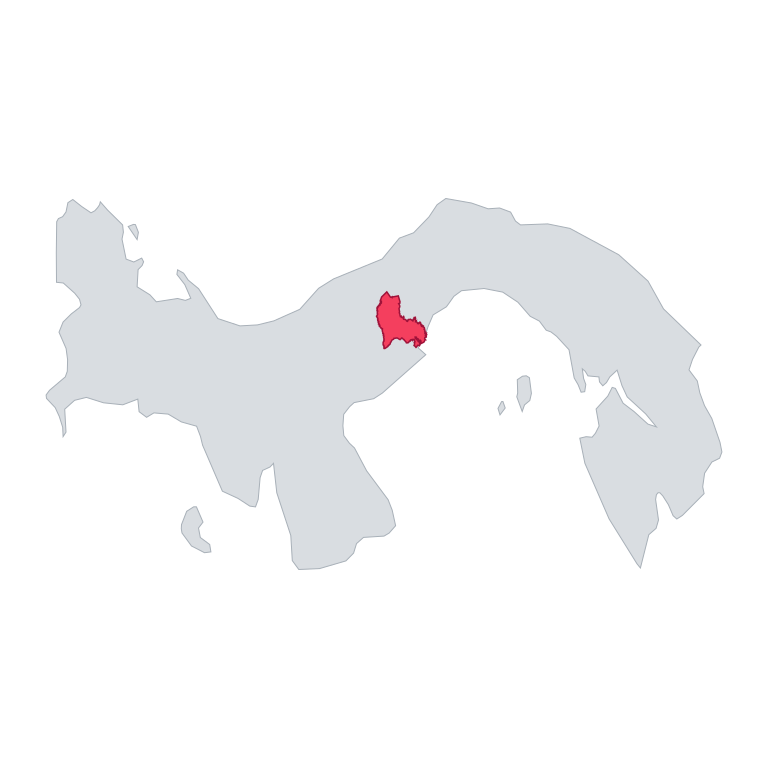 Capira, Panama shown in context
{"feature_id": "35544464B53871457264549", "entity_name": "Capira", "entity_type": "district", "adm_level": 2, "iso_a3": "PAN", "parent_name": "Panama", "parent_adm1": "", "projection": "equal_earth", "projection_center": [-79.949, 8.817], "detail": "fine", "context": "in_parent", "style": "filled", "palette": "rose", "viewbox_px": 768, "rotation_deg": 0, "n_neighbors": 0, "source": "geoboundaries", "source_scale": "gbopen_adm2", "svg_char_len": 8766}
<svg xmlns="http://www.w3.org/2000/svg" viewBox="0 0 768 768"><path d="M701.0,345.0L698.8,347.1L692.5,359.4L689.0,369.9L697.3,381.0L699.8,392.8L704.5,405.6L711.8,418.5L720.0,442.4L721.9,452.0L719.6,458.2L711.9,462.0L704.6,473.2L702.7,486.8L704.1,493.6L682.4,515.4L676.8,519.0L673.1,515.7L668.4,504.7L662.8,495.9L659.9,492.8L658.1,492.7L656.4,494.7L655.6,499.5L658.5,520.0L656.1,528.3L648.8,534.7L640.4,568.0L637.0,563.8L609.1,518.9L584.9,463.3L579.8,438.2L586.1,436.7L592.1,437.2L595.4,433.3L599.1,426.0L596.1,409.0L607.8,396.1L612.2,387.4L615.4,388.4L623.1,403.2L634.2,411.7L647.9,424.1L656.4,426.9L645.7,413.9L627.2,396.9L622.0,385.7L617.1,370.1L609.8,376.9L606.5,382.5L602.8,385.8L599.5,381.9L598.9,376.9L588.0,375.9L585.2,371.3L582.3,368.8L583.6,378.5L585.8,384.5L584.7,391.7L581.1,392.2L578.1,384.7L574.2,378.0L569.0,349.7L556.6,336.3L550.9,331.9L546.2,330.2L539.4,321.1L530.2,316.3L517.9,302.2L502.7,292.1L484.1,288.5L461.5,290.7L453.9,296.3L448.8,303.5L446.4,306.8L433.1,314.9L428.0,326.7L424.8,336.6L418.2,347.9L425.8,354.7L382.3,393.1L373.7,398.7L354.1,402.6L349.6,406.7L343.7,414.3L342.9,425.8L343.8,435.6L349.4,443.2L354.5,448.0L366.6,470.8L388.1,499.7L392.2,510.2L395.6,525.7L389.1,533.1L384.0,536.1L363.5,537.4L356.5,543.6L353.6,553.1L345.9,560.9L319.5,568.6L298.8,569.5L292.3,560.6L290.8,535.5L276.8,492.8L273.5,463.3L270.0,467.0L262.6,470.4L260.1,477.7L258.2,499.4L255.5,506.9L249.8,506.1L238.0,498.4L222.4,491.2L202.6,445.2L200.5,436.5L196.6,426.2L181.3,421.9L168.2,414.1L153.9,412.9L146.6,417.3L139.1,411.7L137.8,399.1L122.8,404.8L103.6,402.8L86.4,397.4L74.6,400.3L64.7,409.2L66.0,432.1L63.1,436.6L62.7,427.3L59.3,416.5L55.2,407.6L46.5,398.4L46.1,395.0L49.5,390.3L65.3,376.9L67.3,371.3L67.6,359.7L66.1,348.5L59.0,332.2L63.1,322.0L71.3,313.9L79.6,307.5L81.0,304.8L79.5,299.2L74.7,293.2L63.3,283.0L56.5,282.3L56.3,252.9L56.7,221.7L58.4,218.6L62.6,216.7L66.0,212.0L67.9,202.7L72.8,199.5L81.8,206.6L91.0,212.8L94.8,210.8L97.6,207.7L99.6,204.7L100.3,201.8L107.6,210.1L122.6,224.9L123.4,232.2L122.0,239.1L126.1,259.1L133.8,262.0L141.7,258.1L143.6,261.8L142.1,265.5L138.1,269.6L137.1,286.8L149.9,294.8L156.3,301.8L177.6,298.5L185.4,300.4L190.8,298.3L184.8,284.6L176.9,274.4L177.6,269.8L183.6,273.2L188.2,280.1L198.6,288.7L217.9,318.6L240.0,325.9L257.5,324.9L273.8,320.9L299.8,309.3L318.6,288.3L333.6,278.9L382.2,259.0L399.4,238.1L406.7,235.4L413.6,232.8L428.9,217.0L437.1,204.7L445.8,198.5L471.4,203.0L488.1,208.8L499.6,208.0L510.6,212.1L515.5,221.1L520.5,224.9L547.7,223.9L569.9,228.4L618.8,254.8L648.0,281.1L663.5,308.9L701.0,345.0ZM210.9,551.9L204.5,552.7L191.5,546.0L182.0,533.0L181.3,528.8L181.5,524.6L186.7,511.3L193.7,506.8L196.4,506.8L203.0,522.1L198.5,528.0L200.3,537.5L209.7,544.5L210.9,551.9ZM524.5,404.9L522.2,411.5L516.8,396.8L517.7,393.0L517.3,379.7L522.5,376.2L526.3,375.8L529.4,377.7L531.4,393.4L529.8,400.5L524.5,404.9ZM138.4,232.3L137.1,239.6L128.2,226.5L133.5,224.4L135.4,224.6L138.4,232.3ZM505.2,408.0L500.0,414.9L498.0,408.4L501.6,401.6L502.9,401.5L505.2,408.0Z" fill="#d9dde1" stroke="#a8b0b8" stroke-width="1"/><path d="M384.9,348.5L388.0,346.4L388.1,345.6L388.7,345.3L388.8,345.3L389.2,344.7L389.5,344.7L390.2,343.9L390.4,342.7L390.7,342.5L391.4,341.1L392.2,339.8L393.5,339.3L394.0,338.3L394.4,338.4L396.4,338.0L397.5,338.1L398.2,338.5L399.3,339.3L400.0,339.6L400.1,339.4L400.9,339.0L401.6,338.0L401.9,338.0L402.6,338.4L403.4,339.5L404.1,339.6L404.4,340.3L405.7,341.6L406.1,342.2L406.3,342.8L406.5,342.9L406.8,342.8L407.2,342.9L407.5,342.7L407.9,342.8L408.1,342.8L408.5,342.2L409.0,342.0L409.3,341.3L409.7,341.1L409.8,340.9L410.2,341.0L410.2,340.7L410.4,340.3L410.4,340.1L410.6,339.9L411.6,339.6L411.8,339.7L411.7,339.8L411.7,340.0L412.2,340.5L412.7,339.4L412.8,339.4L412.7,339.6L412.9,339.7L413.4,339.4L413.7,339.4L413.8,339.6L413.6,339.7L413.6,339.8L413.8,339.8L414.2,340.0L414.2,340.3L414.3,340.7L414.5,340.6L414.9,341.2L415.0,341.6L414.7,342.2L414.7,342.6L414.3,342.7L414.5,343.2L414.8,343.2L414.5,343.3L414.5,343.6L414.5,343.8L414.6,344.3L414.6,344.7L414.8,344.7L414.2,345.0L414.0,345.5L415.0,346.2L416.0,347.4L416.8,346.6L417.6,345.3L418.1,345.2L419.4,345.7L419.5,345.7L419.9,344.7L419.7,344.2L419.6,343.3L419.7,342.8L420.1,341.9L420.5,341.6L420.6,341.1L420.4,340.8L420.1,340.8L418.9,341.8L418.5,341.8L418.3,341.4L418.1,340.8L418.0,341.0L417.4,340.6L418.2,340.7L418.4,339.7L418.1,339.1L417.5,338.9L416.8,338.9L416.6,339.5L416.7,339.9L416.4,340.3L416.6,339.9L416.5,339.3L416.4,339.2L416.6,339.2L416.7,338.8L416.0,338.6L415.7,338.6L416.0,338.4L415.5,337.4L415.2,337.3L415.1,337.1L415.1,336.9L415.3,336.4L415.3,336.8L415.2,337.1L415.5,337.2L416.0,338.1L416.5,337.7L416.3,336.5L416.5,337.7L416.1,338.1L416.2,338.3L418.0,338.8L418.4,339.1L418.6,339.6L418.5,340.6L418.7,341.5L418.9,341.4L419.5,340.6L420.0,340.3L420.3,340.2L420.7,340.6L421.0,341.3L420.7,343.3L420.7,343.7L422.8,342.7L424.0,342.0L425.2,339.7L425.5,339.7L425.2,339.3L424.8,339.3L424.6,339.0L424.7,338.6L424.7,338.1L424.8,337.7L424.9,337.4L425.2,337.2L425.7,337.3L425.8,336.6L425.9,336.4L426.3,336.6L426.3,336.3L426.1,336.3L426.0,335.8L425.7,335.8L425.5,335.6L426.2,335.2L426.4,334.9L426.7,334.7L426.7,334.4L426.5,334.2L426.3,334.2L425.7,334.4L425.4,333.7L426.0,333.5L426.3,333.1L425.6,333.0L425.5,332.8L425.5,332.5L425.1,332.8L425.2,332.4L424.9,332.3L424.7,331.6L424.9,331.2L425.0,330.8L424.8,330.0L424.6,330.1L424.1,329.4L424.2,329.1L424.4,328.8L424.5,328.3L424.3,327.7L423.8,327.4L423.4,326.3L423.2,326.3L423.2,325.9L422.8,325.6L422.7,325.6L422.6,325.8L422.7,326.0L423.0,326.1L422.6,326.5L422.4,326.1L422.3,326.8L422.2,326.3L421.9,326.7L422.0,326.3L421.8,326.4L421.6,326.4L421.4,326.0L421.5,325.9L421.5,325.7L421.3,325.6L421.2,325.2L421.0,324.7L420.8,324.6L420.7,323.8L420.9,323.9L420.7,323.5L420.4,323.3L420.6,322.9L420.2,322.5L420.1,322.2L419.6,322.2L419.4,322.9L419.1,322.9L418.8,323.4L418.6,323.2L418.4,323.6L417.6,323.5L417.6,322.9L417.2,322.6L416.8,322.0L416.1,321.9L416.2,321.6L415.9,321.5L416.1,321.0L415.7,321.2L415.8,320.8L415.5,320.4L415.4,320.1L415.2,319.7L415.5,319.5L415.4,318.9L415.5,318.6L415.3,318.5L415.5,318.3L415.5,318.1L415.3,317.7L415.3,317.3L414.8,317.4L415.0,317.6L414.8,317.9L414.5,317.9L414.4,318.2L414.0,318.1L413.9,319.1L413.6,319.1L413.5,319.3L413.1,319.4L413.1,320.1L412.9,320.2L413.0,320.3L412.7,320.5L412.7,320.8L410.4,319.2L408.6,319.7L408.3,319.5L407.8,320.1L407.8,320.9L407.5,321.3L407.3,321.2L407.1,321.3L406.6,321.0L406.2,320.2L405.5,319.5L403.6,319.3L403.5,318.9L403.7,318.7L403.6,318.4L403.8,318.2L403.7,317.9L403.9,317.7L403.7,317.4L403.8,317.1L403.6,317.0L403.7,316.8L403.6,316.5L403.0,317.1L402.7,317.2L402.6,317.6L402.4,317.7L402.2,317.6L401.6,317.4L401.3,316.3L401.2,316.4L400.9,316.3L400.4,316.6L399.9,314.9L399.8,313.5L399.5,313.3L399.3,312.8L399.4,312.2L399.6,311.9L399.0,308.6L399.1,308.4L399.7,307.0L399.8,306.1L399.6,305.4L398.7,303.6L399.7,303.4L399.9,303.1L399.9,302.1L400.0,301.8L398.3,295.9L392.3,297.0L392.2,296.8L391.9,297.1L391.9,297.5L391.6,297.3L391.7,297.0L390.5,297.2L390.4,297.1L390.3,296.9L386.8,291.9L381.6,297.0L380.7,299.7L380.5,300.0L380.7,300.3L380.3,300.6L380.2,300.9L380.3,301.3L380.7,301.2L380.8,301.3L380.6,302.0L381.4,301.7L381.4,302.5L381.0,302.5L380.8,302.8L381.1,303.1L381.1,303.4L380.6,303.6L380.8,303.3L380.6,303.0L380.2,304.3L379.9,303.8L379.9,303.5L379.6,304.0L379.7,305.2L379.6,305.3L379.2,305.0L378.5,305.4L378.5,305.6L378.7,306.0L378.2,306.3L378.2,306.7L377.7,307.7L377.3,307.2L377.2,307.4L377.3,307.7L377.0,307.8L376.9,308.2L377.1,308.4L377.2,308.9L377.3,310.1L377.5,310.4L377.6,310.8L377.6,311.0L377.1,310.8L377.4,311.9L377.3,312.7L377.4,313.3L377.3,313.6L377.3,313.9L377.6,314.1L377.3,315.2L376.5,316.2L376.9,317.0L377.4,317.3L377.3,317.7L377.6,317.9L377.8,318.4L377.7,318.8L377.9,319.0L377.9,319.4L377.7,319.5L377.6,319.8L377.8,320.6L378.0,320.6L378.6,321.6L378.3,321.8L378.4,322.1L378.2,322.0L378.2,322.4L378.4,322.5L378.5,323.1L378.6,323.4L378.7,323.7L378.6,324.0L379.2,324.1L379.3,324.4L379.3,324.6L379.5,324.7L379.6,324.9L379.1,324.9L379.1,325.1L379.4,325.3L379.4,325.8L379.6,325.7L379.6,326.1L379.9,326.5L380.7,327.8L381.0,328.1L381.2,327.9L381.4,328.0L381.8,328.4L381.9,328.8L382.3,328.8L382.2,329.1L382.4,329.6L382.2,329.8L382.3,330.0L382.4,329.9L382.3,330.2L382.4,330.4L382.3,330.7L382.5,331.8L382.7,332.1L382.9,332.6L382.8,333.4L383.5,333.7L383.5,334.3L383.6,334.9L383.3,334.8L383.3,335.4L383.3,335.6L383.6,335.6L383.8,336.2L383.9,336.6L383.6,337.2L383.8,338.1L383.9,338.6L384.1,338.9L384.0,339.1L384.1,339.6L384.1,339.8L383.8,340.0L383.8,340.4L384.0,340.6L383.9,341.3L383.4,341.7L383.2,342.2L383.2,342.4L383.1,342.7L383.2,342.9L383.1,343.4L383.1,344.5L383.4,344.9L383.3,345.1L383.6,345.3L383.7,345.7L383.8,345.6L384.1,346.3L384.1,346.6L384.0,346.8L384.1,347.3L383.9,347.7L383.9,348.2L384.1,348.5L384.9,348.5Z" fill="#f43f5e" stroke="#9f1239" stroke-width="1.5"/></svg>